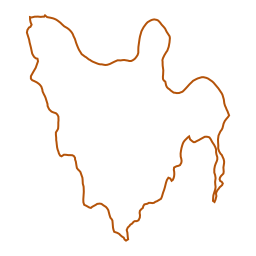 Bujaru, Pará, Brazil (Equal Earth projection)
{"feature_id": "56859067B12305552092310", "entity_name": "Bujaru", "entity_type": "district", "adm_level": 2, "iso_a3": "BRA", "parent_name": "Brazil", "parent_adm1": "Pará", "projection": "equal_earth", "projection_center": [-48.062, -1.65], "detail": "fine", "context": "isolated", "style": "outline", "palette": "amber", "viewbox_px": 256, "rotation_deg": 0, "n_neighbors": 0, "source": "geoboundaries", "source_scale": "gbopen_adm2", "svg_char_len": 4478}
<svg xmlns="http://www.w3.org/2000/svg" viewBox="0 0 256 256"><path d="M128.1,239.3L127.8,237.3L127.6,235.2L127.4,232.7L126.7,230.0L127.8,227.5L129.4,226.0L130.3,224.7L132.1,223.6L133.6,221.8L134.8,221.1L136.8,221.1L138.5,220.3L139.8,217.6L140.0,215.1L139.6,212.9L139.9,210.8L141.4,209.1L142.8,208.0L143.3,206.1L144.4,204.4L146.1,204.0L147.5,203.7L148.7,202.9L150.9,202.9L152.5,203.1L154.0,202.8L155.4,201.8L157.0,201.2L159.5,199.7L161.0,198.8L161.9,196.7L163.1,192.6L164.1,189.9L164.9,187.2L166.0,182.7L166.9,180.0L168.4,177.7L170.3,178.5L171.6,180.8L172.8,179.9L173.6,178.1L174.1,176.3L174.3,174.1L174.2,171.7L173.8,169.8L174.1,167.5L176.4,166.3L178.5,165.8L180.0,165.1L181.3,162.8L181.6,160.9L181.3,158.9L180.7,156.6L180.6,153.5L181.0,150.6L181.5,148.0L182.2,145.5L182.9,143.4L183.6,142.0L184.7,140.5L186.4,138.8L187.8,137.4L189.1,136.4L190.1,139.4L192.0,141.0L193.5,142.1L194.9,142.1L196.9,141.0L199.0,140.0L200.5,139.1L201.8,138.4L204.7,136.8L206.4,136.7L207.9,136.9L209.4,137.4L210.7,139.2L212.2,142.0L214.2,145.0L215.4,147.4L216.1,149.5L216.1,152.5L216.5,154.6L217.3,157.1L217.3,159.5L216.7,161.4L215.8,163.4L214.9,165.9L214.3,169.1L214.3,172.6L215.1,175.0L215.6,178.1L215.1,181.9L215.3,184.7L215.6,187.0L215.2,189.5L213.9,193.6L213.4,195.3L213.2,197.2L213.0,200.9L214.5,202.0L215.5,199.7L216.4,196.1L216.0,193.7L216.5,191.9L217.5,190.1L218.8,188.6L219.7,187.2L220.8,186.3L222.2,185.0L222.8,183.4L221.6,181.7L220.3,181.1L219.6,179.3L220.0,177.6L221.0,176.0L223.4,173.6L223.7,171.7L223.4,167.5L224.1,163.0L224.1,161.2L223.6,159.0L222.8,157.3L221.8,155.0L220.5,153.7L219.1,151.3L218.2,148.3L218.3,145.5L218.1,142.6L218.0,139.5L218.5,135.6L220.3,131.6L221.7,129.7L222.5,128.1L223.0,126.1L223.6,123.6L224.8,121.0L226.3,119.0L228.1,116.9L229.1,115.4L228.3,113.4L227.5,111.2L226.7,109.7L225.9,107.6L225.0,105.7L224.3,103.3L223.8,99.4L222.5,94.9L221.7,93.3L218.4,88.4L213.6,82.7L212.2,81.4L208.1,78.6L206.5,77.9L203.6,77.2L201.8,77.2L197.8,78.4L196.1,79.2L193.1,80.8L191.9,82.0L189.5,84.3L187.0,87.1L185.8,88.4L184.0,90.3L182.5,91.7L179.1,93.0L176.7,93.1L175.3,92.8L173.6,92.6L170.7,90.5L169.5,89.3L168.1,88.4L166.9,87.1L166.1,85.4L165.3,81.6L163.8,80.5L163.0,79.0L162.9,76.8L163.1,74.7L163.3,70.3L162.7,65.8L162.6,63.8L162.6,61.9L162.4,60.1L163.0,58.1L164.4,55.2L166.2,52.2L167.3,50.7L168.7,46.8L169.5,42.4L169.7,40.2L169.9,38.1L169.6,36.3L166.6,31.7L165.1,28.6L163.8,27.0L162.6,25.7L161.5,24.5L160.5,23.1L159.5,21.9L158.1,20.5L156.8,19.9L154.2,19.4L152.2,19.8L150.5,20.5L147.6,22.2L146.1,23.8L143.6,27.2L142.3,29.6L141.4,31.4L140.8,33.6L140.0,36.4L139.5,39.1L138.4,47.0L138.3,50.0L138.3,52.8L137.6,55.0L136.5,56.7L135.1,58.5L133.9,59.5L132.5,60.4L131.1,61.0L129.2,61.0L127.9,60.6L124.2,60.0L122.7,60.1L120.7,60.4L117.6,60.3L115.3,61.3L113.8,62.0L109.8,64.0L107.3,64.8L105.3,65.0L103.5,64.7L101.6,64.3L100.0,64.3L98.6,64.0L96.7,63.3L92.6,61.6L91.2,60.8L90.1,60.0L88.8,59.4L86.2,57.3L84.8,56.5L83.1,55.2L81.7,54.2L80.3,51.9L79.1,50.0L78.2,48.1L77.0,45.2L76.0,42.5L75.5,40.8L74.9,38.9L73.6,36.3L72.8,34.2L71.8,32.5L70.5,30.9L69.0,29.4L67.3,28.1L64.2,26.3L62.0,24.3L60.4,22.7L57.5,20.5L55.9,19.5L54.3,18.8L52.9,18.3L51.6,18.0L50.3,17.7L47.1,17.1L45.0,15.4L44.1,16.7L42.3,16.7L40.8,16.9L37.9,16.6L34.6,16.7L31.4,17.5L30.0,17.1L30.1,19.8L30.6,22.3L31.6,24.7L30.4,26.9L29.0,27.5L27.4,30.0L26.9,32.6L27.5,34.5L29.1,39.6L29.6,42.4L30.9,47.5L32.2,53.6L33.1,55.3L34.2,57.0L35.8,58.3L37.5,58.7L38.0,61.3L35.7,67.8L33.3,71.9L30.9,76.2L30.9,78.7L32.2,80.2L34.3,81.1L36.7,82.3L38.7,83.7L39.9,84.8L41.3,86.6L42.3,89.5L42.6,91.5L43.8,94.1L44.9,96.2L45.6,97.9L47.5,104.0L47.6,106.0L48.5,108.0L49.3,109.5L51.5,111.6L53.4,112.4L55.9,113.2L57.3,114.5L58.4,116.6L58.5,120.3L58.3,122.5L58.3,125.8L58.1,128.7L57.2,130.4L55.9,132.4L55.9,134.8L56.2,137.8L56.2,140.1L56.5,141.9L56.7,143.9L57.1,147.3L57.6,149.5L58.4,151.6L58.9,153.4L60.1,155.6L61.5,156.3L64.0,154.7L66.1,154.8L68.1,155.1L72.2,155.2L73.8,156.0L75.0,157.8L75.1,159.6L75.8,161.5L76.5,165.9L76.9,168.0L78.0,169.5L79.1,170.5L80.4,172.0L82.4,177.7L82.6,179.7L82.8,183.7L83.6,186.6L83.7,188.6L83.8,191.7L83.7,193.5L83.3,199.4L83.4,202.3L84.2,204.8L86.3,205.8L87.9,206.7L89.3,207.5L90.9,207.9L92.2,206.8L95.7,204.9L97.2,203.9L99.7,203.6L101.5,203.9L103.4,205.3L105.9,206.9L107.2,208.4L108.3,210.2L109.5,214.9L110.4,217.7L111.6,219.1L112.4,220.5L112.6,222.6L113.0,227.6L113.5,229.8L114.2,231.8L117.4,232.9L119.3,234.0L120.4,235.2L122.2,236.7L123.7,237.6L124.6,239.5L126.0,240.6L128.1,239.3Z" fill="none" stroke="#b45309" stroke-width="2"/></svg>